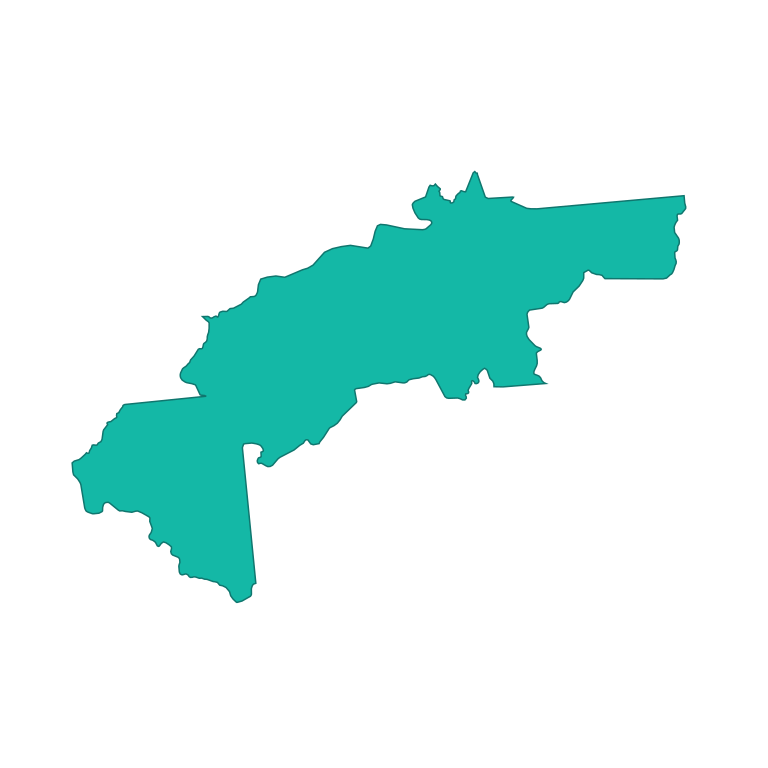 an SVG outline of Central, rotated 174°
{"feature_id": "ZMB-516", "entity_name": "Central", "entity_type": "Province", "adm_level": 1, "iso_a3": "ZMB", "parent_name": "Zambia", "parent_adm1": "", "projection": "orthographic", "projection_center": [28.771, -13.872], "detail": "fine", "context": "isolated", "style": "filled", "palette": "teal", "viewbox_px": 768, "rotation_deg": 174, "n_neighbors": 0, "source": "natural_earth", "source_scale": "10m", "svg_char_len": 6125}
<svg xmlns="http://www.w3.org/2000/svg" viewBox="0 0 768 768"><g transform="rotate(174 384 384)"><path d="M528.3,339.2L529.9,338.9L531.5,335.5L532.3,199.2L534.7,198.6L535.5,197.9L536.4,196.5L537.3,194.3L537.8,188.8L538.3,187.7L539.0,186.9L547.9,183.0L552.6,182.2L553.2,182.2L553.9,182.7L556.6,185.9L558.6,189.4L559.3,193.6L562.3,198.1L565.6,200.2L568.4,201.1L570.4,204.1L572.8,205.0L574.6,205.4L580.4,208.2L583.0,208.7L585.6,210.0L588.0,210.1L591.4,211.7L593.1,212.1L594.9,211.8L596.8,211.9L597.9,212.8L599.0,214.7L600.5,215.7L601.3,215.8L604.2,215.3L605.3,215.5L606.5,216.4L607.2,218.4L607.1,224.0L606.8,225.3L605.6,228.0L605.6,231.1L605.9,232.1L607.0,233.3L612.1,236.0L613.2,237.4L613.6,239.6L612.5,242.6L612.5,244.4L614.5,246.5L617.4,248.9L619.9,250.0L622.2,248.7L624.4,246.3L625.4,246.1L626.4,246.8L627.7,250.1L628.5,251.2L630.4,252.8L632.4,253.7L633.3,254.7L633.6,255.7L633.6,257.2L633.1,258.3L631.0,260.8L629.5,264.6L631.3,271.8L630.8,275.1L631.1,275.8L631.8,276.6L638.2,281.2L642.2,283.4L644.1,283.5L648.2,282.8L654.6,284.3L657.4,285.3L660.1,285.4L661.5,286.4L669.2,294.2L670.6,295.2L673.2,295.2L674.7,294.5L675.7,293.2L676.7,290.7L677.2,287.2L677.9,286.5L681.0,285.3L686.3,285.3L687.6,285.5L691.8,287.5L693.2,288.5L693.6,289.0L694.2,290.5L694.6,292.1L696.0,315.7L696.6,317.8L698.6,321.7L702.2,326.1L702.6,329.1L702.4,338.1L700.1,339.7L695.1,340.7L692.8,342.1L688.5,345.3L687.1,346.7L686.4,346.2L685.4,346.0L684.5,346.3L683.7,348.5L681.7,351.0L680.6,353.6L679.3,353.8L676.6,353.2L675.6,353.5L674.3,355.1L671.5,356.3L670.2,358.4L668.3,366.2L667.6,367.7L663.1,372.4L663.6,374.1L662.5,374.9L659.5,375.2L655.5,377.8L654.1,378.2L653.2,379.0L653.3,380.7L652.8,382.5L650.5,383.3L650.5,383.7L648.7,386.2L646.3,388.6L645.8,389.9L644.7,390.5L643.8,390.7L562.7,390.4L562.6,390.7L563.6,391.3L567.4,392.1L568.0,392.5L571.3,402.2L571.7,402.9L575.0,404.4L579.9,405.9L581.5,406.7L584.3,409.0L585.6,411.5L585.8,413.3L585.6,414.9L585.1,416.3L582.8,420.1L581.6,421.0L578.8,422.5L576.5,424.7L575.1,425.6L573.8,428.2L570.0,431.6L565.1,437.9L563.9,438.4L562.0,438.1L560.9,438.4L560.1,440.1L559.4,442.4L558.9,443.1L556.9,444.3L555.8,445.4L555.1,447.3L554.8,449.6L554.1,451.5L553.0,453.7L552.1,457.7L551.5,463.1L552.1,464.2L554.3,466.2L557.4,470.0L552.1,469.6L551.1,469.1L550.1,468.0L549.1,467.6L547.7,467.7L546.0,468.6L544.0,469.1L542.6,468.0L542.1,468.1L541.5,469.0L540.5,471.6L539.9,472.4L539.2,472.7L536.7,473.2L533.2,472.6L532.5,472.7L529.2,475.1L525.8,475.1L517.5,478.3L515.4,480.2L509.3,483.6L507.8,484.7L503.8,484.6L502.2,485.4L500.7,487.6L500.1,488.9L498.5,495.9L495.6,501.2L488.8,502.5L480.2,502.7L471.5,500.5L453.2,506.1L447.9,507.1L442.2,509.6L429.4,521.2L421.1,524.0L412.0,525.1L402.9,525.4L385.8,520.8L382.8,522.6L379.5,529.3L376.8,536.9L374.0,542.0L370.8,543.1L364.8,541.9L347.3,536.2L329.5,533.4L326.9,533.6L325.9,534.0L320.7,537.6L319.8,538.8L319.6,539.9L320.3,541.4L321.7,542.3L324.1,543.0L329.7,543.7L331.3,544.3L332.6,545.6L335.3,550.9L336.8,555.8L337.1,559.2L336.9,559.8L335.9,561.1L334.1,562.5L323.1,565.7L318.7,575.2L317.3,576.8L315.4,576.0L313.6,576.0L312.0,577.5L310.2,574.9L307.7,572.3L307.8,571.4L309.2,570.0L308.6,568.8L308.6,565.4L308.3,565.0L306.6,564.4L306.2,564.0L305.9,562.2L305.1,561.3L299.2,559.3L299.0,558.8L299.2,557.8L299.0,557.3L298.3,557.0L296.8,557.1L295.5,557.9L295.0,559.8L293.7,560.6L293.4,561.0L293.0,562.8L292.5,563.7L290.0,565.8L288.5,566.4L287.8,567.9L286.8,568.1L285.2,567.3L283.2,566.6L282.7,566.7L273.2,584.7L271.5,585.8L270.4,584.2L269.2,583.9L269.2,582.6L263.7,559.2L261.0,557.6L236.7,556.5L235.7,556.2L236.2,555.5L238.6,553.4L238.7,552.7L237.6,551.8L223.7,543.8L219.6,542.9L213.6,542.2L65.9,539.9L66.0,532.5L65.4,528.6L65.7,526.9L70.1,522.4L71.2,522.1L73.8,522.3L74.6,521.7L75.0,520.4L74.9,516.2L76.8,514.1L78.2,511.8L79.1,509.6L79.1,504.3L75.8,498.2L75.4,496.3L75.5,494.2L75.9,492.4L77.4,490.3L78.1,486.7L78.8,485.9L81.0,484.8L81.2,484.2L81.4,478.9L80.8,476.8L80.6,475.1L80.9,473.4L82.1,471.4L83.7,467.5L85.4,464.6L86.5,463.4L88.0,462.7L91.9,459.8L95.5,459.4L153.2,465.7L154.2,466.9L155.8,469.3L158.5,470.3L161.1,470.7L165.8,472.9L168.0,475.5L169.1,475.9L173.7,473.9L174.3,468.4L175.5,466.1L179.7,461.0L186.3,455.8L190.5,449.1L191.5,448.0L192.8,447.0L194.4,446.3L196.2,446.1L199.2,447.4L200.5,447.5L201.1,447.3L201.9,446.3L203.0,446.0L211.6,446.6L213.6,446.0L217.2,443.5L218.8,442.9L231.6,442.3L233.3,440.7L233.8,440.1L234.5,438.4L234.0,425.3L234.6,423.9L236.8,420.6L237.1,418.7L236.7,416.3L235.0,412.9L229.8,406.3L228.6,405.3L224.6,403.1L224.0,402.2L224.5,401.4L227.6,400.2L229.1,399.1L229.3,398.1L229.2,391.3L229.5,388.4L230.4,386.1L232.5,382.8L233.6,380.7L233.9,378.9L233.4,378.0L230.2,376.4L228.8,375.5L227.6,373.8L226.7,371.1L226.2,370.2L224.8,368.6L223.1,367.6L265.9,368.7L274.9,369.8L274.7,372.8L275.5,375.5L278.1,378.7L279.9,386.8L280.8,387.9L282.3,389.1L284.1,388.3L287.0,386.2L289.3,383.5L290.3,380.8L289.5,378.5L289.3,376.9L289.9,375.6L290.8,375.0L292.2,374.7L293.4,375.0L294.1,376.8L295.3,378.0L296.0,378.1L296.6,377.6L296.7,375.2L300.0,370.8L300.9,369.2L301.0,368.5L300.6,367.3L300.9,366.3L301.6,365.8L303.8,365.6L304.1,364.1L303.6,362.7L303.6,361.3L305.2,359.7L307.6,360.0L310.0,361.5L312.3,362.4L321.1,363.0L323.1,363.6L324.7,365.1L331.8,382.6L332.8,384.6L334.1,386.5L336.3,388.2L337.4,388.8L338.9,388.8L340.7,387.7L342.3,387.2L345.1,387.2L348.5,386.3L354.3,386.2L358.0,385.7L359.0,385.4L361.1,383.6L363.2,383.0L364.9,383.1L372.7,385.0L377.6,384.0L381.0,383.9L388.8,385.6L395.6,385.0L396.8,384.7L399.7,383.3L403.8,382.6L412.2,382.3L413.3,381.8L413.9,381.2L413.0,369.3L413.5,368.4L428.9,356.4L431.5,352.9L434.5,349.9L438.1,347.8L442.3,346.2L443.1,345.6L449.8,337.2L453.9,333.1L454.8,331.5L460.7,331.0L463.1,332.1L465.6,336.4L467.2,336.7L468.4,336.1L470.4,333.6L474.2,331.8L480.3,327.8L495.1,322.0L497.2,320.7L503.3,314.9L505.8,313.9L508.2,314.0L510.1,315.1L513.9,317.9L515.2,318.1L516.9,317.8L517.9,319.0L518.1,320.1L518.0,321.2L517.0,323.1L516.3,323.7L514.4,324.1L513.7,324.9L513.5,329.0L511.8,329.5L511.0,330.1L511.0,331.6L511.4,332.8L512.7,335.1L513.6,336.1L515.2,337.0L517.4,337.9L521.6,339.1L528.3,339.2Z" fill="#14b8a6" stroke="#0f766e" stroke-width="1.5"/></g></svg>